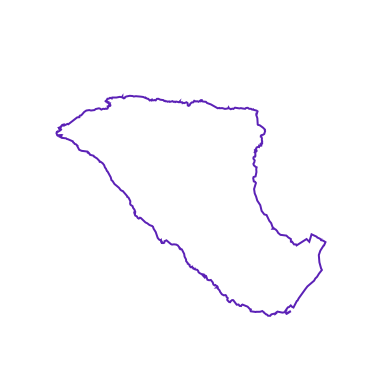 outline of Nesodden nor, Akershus, Norway, rotated 287°
{"feature_id": "86288312B79220193025286", "entity_name": "Nesodden nor", "entity_type": "district", "adm_level": 2, "iso_a3": "NOR", "parent_name": "Norway", "parent_adm1": "Akershus", "projection": "robinson", "projection_center": [10.655, 59.797], "detail": "fine", "context": "isolated", "style": "outline", "palette": "violet", "viewbox_px": 384, "rotation_deg": 287, "n_neighbors": 0, "source": "geoboundaries", "source_scale": "gbopen_adm2", "svg_char_len": 6000}
<svg xmlns="http://www.w3.org/2000/svg" viewBox="0 0 384 384"><g transform="rotate(287 192 192)"><path d="M288.3,231.1L288.7,230.0L288.6,226.5L288.9,226.3L288.4,225.4L288.8,224.0L288.3,222.4L288.8,220.7L288.2,219.2L287.1,218.5L286.7,216.2L286.5,214.2L285.8,212.9L285.2,208.5L283.5,207.2L283.5,206.1L282.5,204.9L283.0,202.5L283.4,202.2L282.5,202.0L281.5,200.1L281.1,199.1L281.1,196.5L280.2,194.0L280.4,193.6L279.6,192.1L281.3,184.4L281.5,180.4L282.3,178.9L281.7,175.9L282.0,175.3L281.8,174.7L282.0,174.5L281.5,174.1L281.9,173.8L282.3,174.5L282.7,174.4L282.5,173.7L280.2,171.9L280.3,170.3L279.7,169.3L279.8,168.3L279.4,167.9L279.7,167.4L278.0,166.8L277.5,165.5L275.9,164.6L274.1,164.3L273.4,163.6L273.5,162.9L274.1,163.0L273.8,162.8L274.0,162.5L275.7,161.8L276.2,160.5L274.7,158.5L274.7,157.0L274.4,156.8L274.9,156.4L274.3,153.6L274.7,153.6L274.0,153.2L273.9,150.7L273.1,149.7L273.4,149.3L272.8,147.9L273.2,146.9L271.7,144.4L272.0,143.7L271.2,142.3L271.4,141.3L271.0,140.3L271.3,139.4L270.9,138.9L271.5,137.6L271.0,134.7L271.3,132.5L270.8,131.2L269.0,130.5L269.1,129.5L268.5,128.7L268.4,127.8L267.8,126.8L268.6,126.5L267.2,124.8L268.3,122.9L268.1,122.1L268.6,120.2L268.3,120.2L268.6,117.5L268.2,115.0L267.2,110.3L266.3,108.4L266.4,107.2L265.8,104.4L264.1,101.2L262.5,99.8L262.0,100.0L261.6,99.3L262.1,97.7L262.8,97.5L262.1,97.3L261.9,95.2L260.2,92.0L259.0,88.1L258.0,88.0L258.1,86.1L256.8,85.0L256.5,83.9L254.8,83.5L253.6,82.8L253.3,83.3L253.6,84.3L253.1,84.6L253.4,85.1L253.0,85.3L253.2,85.7L252.7,85.7L252.6,86.2L252.8,87.5L251.4,87.3L251.6,88.1L251.2,88.6L250.5,88.6L249.1,86.6L250.0,85.8L248.8,86.6L248.7,87.0L247.1,86.8L246.6,86.2L246.6,85.2L245.9,84.4L245.6,82.7L244.3,81.2L244.9,79.3L244.7,78.3L243.2,75.7L241.8,74.7L240.4,71.6L240.3,69.8L239.0,67.1L237.0,65.5L233.6,64.0L232.7,63.4L232.4,62.6L231.4,62.2L230.6,62.4L229.8,60.4L220.6,53.9L220.7,53.0L218.1,50.2L218.5,49.8L219.7,50.6L218.2,48.3L217.3,47.9L217.4,48.4L216.7,47.7L216.1,47.7L214.8,46.2L214.7,46.7L213.5,45.5L214.1,46.8L213.5,47.0L213.8,48.1L213.6,48.5L212.8,48.3L210.5,46.3L210.6,45.8L210.3,45.7L211.0,45.0L210.2,45.6L210.0,45.2L208.6,45.2L206.8,46.6L206.6,47.3L207.2,47.5L207.5,48.3L207.1,48.0L206.7,48.7L207.7,50.4L206.5,50.0L206.8,50.8L205.9,50.8L205.7,51.6L206.5,55.9L206.1,56.9L206.2,57.9L205.6,63.2L204.7,63.9L204.5,64.8L203.7,65.7L203.7,67.0L202.7,69.1L202.3,69.2L202.3,68.9L199.4,71.8L199.1,74.4L200.1,80.3L199.4,81.6L199.0,81.3L198.5,83.0L197.8,83.6L197.9,87.3L197.3,87.8L196.3,91.4L194.6,94.4L193.9,94.8L193.8,95.1L194.2,95.7L193.4,98.1L192.0,100.1L190.0,101.6L189.1,102.9L187.2,104.5L186.9,105.3L182.3,110.0L179.8,111.5L179.3,112.8L177.0,115.5L174.7,120.9L173.1,123.1L172.7,124.3L172.7,125.5L170.0,129.8L169.0,131.3L168.5,131.4L168.1,132.9L165.2,135.7L162.6,136.3L161.8,137.0L161.1,139.3L159.6,140.3L158.4,142.0L156.5,143.5L155.4,143.7L155.9,142.8L155.3,142.8L154.8,143.2L155.0,143.6L153.9,143.8L152.9,144.6L152.5,146.5L151.4,147.6L151.0,148.7L151.5,149.4L152.2,149.7L152.2,150.6L149.3,156.4L149.0,158.4L148.0,161.0L147.8,163.9L147.3,164.9L145.7,166.0L143.1,169.0L138.1,172.6L136.9,174.4L136.6,175.9L137.1,176.3L135.6,176.9L135.9,177.4L135.7,177.7L134.4,178.1L134.8,179.6L135.4,180.3L136.9,180.1L138.3,181.7L136.0,187.1L135.9,188.3L136.7,190.1L137.1,192.4L136.7,194.2L135.6,195.6L136.3,195.3L135.6,195.6L134.9,196.8L134.3,196.7L134.0,197.3L134.4,197.4L134.1,199.1L130.5,202.6L128.0,203.8L125.8,206.0L124.2,206.6L122.7,208.8L122.2,208.9L121.7,210.9L120.8,211.2L119.7,212.6L120.5,213.8L119.9,213.9L119.9,215.1L119.2,215.5L119.0,216.9L119.5,217.2L118.9,217.9L119.1,219.8L118.2,221.1L117.4,221.5L116.7,222.8L116.1,226.2L116.5,226.4L116.5,227.0L115.5,226.6L114.0,229.2L114.5,229.3L115.5,227.3L116.1,227.5L115.8,230.0L112.6,232.4L112.6,234.2L113.4,235.7L111.6,238.3L109.8,239.5L109.3,240.9L109.9,241.6L109.3,242.7L109.3,243.6L108.7,244.2L107.9,243.6L108.2,244.6L107.2,245.0L105.9,247.2L104.9,247.9L102.9,250.5L102.5,252.7L103.2,254.0L103.0,254.9L101.7,255.8L101.0,257.2L99.2,257.2L98.8,257.6L97.6,259.8L97.8,260.7L98.7,260.8L100.4,262.0L100.6,263.1L97.3,267.7L98.0,269.4L97.0,270.8L97.3,272.3L98.5,272.6L99.1,273.2L98.6,278.7L97.0,281.5L96.9,282.6L95.8,282.5L95.1,283.1L95.9,288.1L96.2,288.4L97.4,292.2L98.7,294.0L97.9,296.1L97.4,296.6L97.0,298.1L96.7,298.4L96.6,299.8L95.9,300.9L96.5,303.0L98.2,303.7L100.1,306.9L99.6,307.2L100.9,308.1L101.4,307.8L102.6,308.7L103.1,313.8L104.1,315.7L104.9,316.0L103.1,318.0L103.3,318.3L106.2,320.8L106.4,320.6L103.5,318.0L104.8,316.3L105.6,316.0L106.4,316.3L106.4,316.8L107.4,316.6L109.7,317.4L110.3,318.4L112.4,319.6L111.4,321.4L111.2,322.8L118.4,324.1L119.1,324.7L121.4,325.1L132.6,328.9L135.5,330.0L142.9,334.7L145.3,335.2L147.5,336.4L151.0,337.3L155.4,339.0L156.8,337.7L162.0,334.4L168.8,331.7L173.5,331.9L179.3,333.5L179.5,333.9L183.1,334.3L183.8,331.7L183.7,329.9L184.2,329.7L183.9,329.3L184.3,329.0L184.8,327.8L185.1,325.1L185.7,324.3L186.5,318.7L178.7,318.7L180.5,315.3L171.5,307.6L172.3,306.7L171.7,304.9L173.6,302.4L173.3,302.2L173.4,301.1L175.9,300.3L176.7,297.4L177.9,295.0L176.9,289.1L178.1,286.3L179.4,285.0L180.5,283.2L180.9,281.6L180.4,279.8L181.6,280.2L182.0,279.3L185.4,276.8L187.0,274.4L191.8,270.0L191.7,267.7L194.3,264.1L199.4,261.1L202.9,256.9L206.4,254.6L209.0,252.4L213.0,250.5L219.3,250.5L220.2,249.3L220.2,248.0L223.1,246.5L224.3,246.5L225.5,248.2L229.9,247.8L232.8,246.7L234.5,246.6L234.6,245.6L235.6,243.4L236.8,242.5L238.7,242.9L240.6,242.7L241.8,241.0L243.1,240.7L244.2,241.4L244.3,242.0L245.0,242.1L247.9,241.1L248.3,240.3L248.8,240.4L249.4,241.5L250.2,241.8L250.5,241.6L249.8,240.7L250.5,239.9L251.5,240.5L253.5,240.8L254.6,242.3L254.6,242.9L256.0,242.6L256.1,243.7L256.6,244.7L257.0,244.6L256.9,244.1L257.9,243.6L258.8,244.9L259.4,244.8L259.7,244.2L261.1,244.3L262.0,243.6L263.7,243.2L264.9,242.4L265.0,241.6L265.8,241.4L266.6,241.7L267.6,243.3L268.6,244.1L271.7,244.1L272.2,243.6L273.0,243.5L274.3,241.1L275.6,237.3L275.5,235.5L275.8,235.1L281.7,232.9L284.5,230.9L285.6,230.7L285.6,231.1L288.3,231.1Z" fill="none" stroke="#5b21b6" stroke-width="2"/></g></svg>